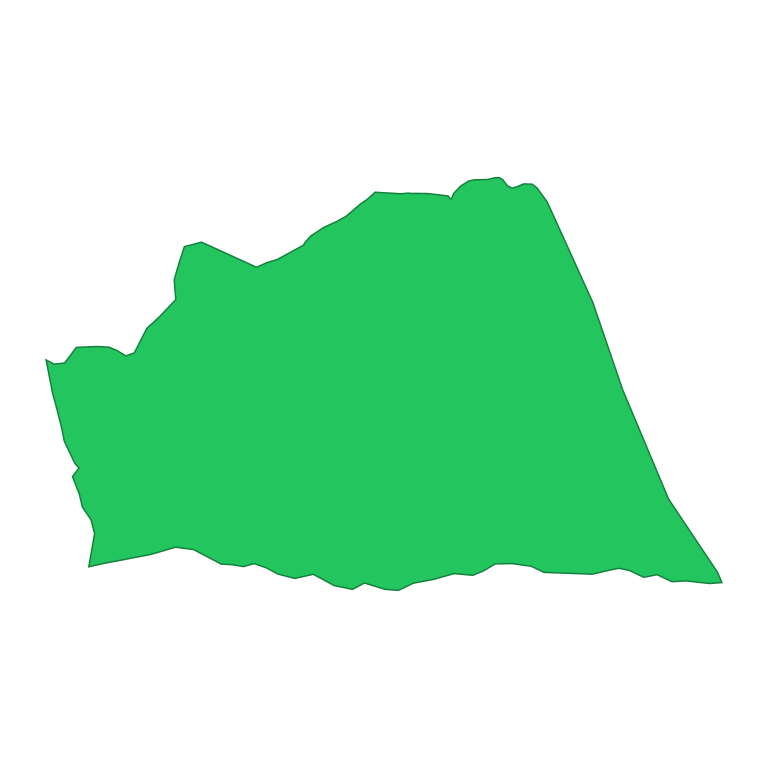 the district of San Pedro Cajonos, Oaxaca, Mexico
{"feature_id": "50627088B28175104329163", "entity_name": "San Pedro Cajonos", "entity_type": "district", "adm_level": 2, "iso_a3": "MEX", "parent_name": "Mexico", "parent_adm1": "Oaxaca", "projection": "orthographic", "projection_center": [-96.263, 17.164], "detail": "fine", "context": "isolated", "style": "filled", "palette": "green", "viewbox_px": 768, "rotation_deg": 0, "n_neighbors": 0, "source": "geoboundaries", "source_scale": "gbopen_adm2", "svg_char_len": 1458}
<svg xmlns="http://www.w3.org/2000/svg" viewBox="0 0 768 768"><path d="M46.1,359.9L52.6,393.3L56.8,408.7L61.5,427.1L64.3,441.2L74.9,463.5L79.0,468.0L72.5,476.6L79.3,494.0L82.4,507.1L91.1,519.9L94.6,533.7L88.8,566.8L103.3,563.5L126.0,559.2L151.3,554.3L175.5,547.2L193.6,549.6L221.3,564.1L232.5,564.7L243.4,566.6L254.1,563.6L266.2,567.8L277.9,574.1L294.8,578.4L313.3,574.3L334.2,585.6L352.4,589.4L364.4,583.0L385.1,589.4L398.4,590.4L413.3,583.2L433.9,579.3L454.0,573.6L472.9,575.3L483.5,570.9L495.3,563.9L512.0,563.6L531.0,566.2L544.1,572.4L592.2,574.2L610.3,570.0L618.9,568.3L629.5,570.5L643.7,577.3L657.1,574.7L671.9,581.7L686.3,580.9L709.3,583.5L721.9,582.6L717.4,572.1L668.6,499.1L622.7,389.8L592.8,302.4L547.3,202.1L537.0,187.9L532.2,184.2L523.7,183.9L517.3,186.6L512.4,188.2L507.6,186.0L502.6,179.5L499.1,177.6L494.9,177.7L487.7,179.5L474.5,179.8L468.6,181.0L460.5,186.2L458.1,188.8L453.8,193.2L451.5,198.9L450.7,198.6L449.8,198.3L448.3,196.0L440.1,195.0L426.8,193.5L411.6,193.4L407.5,193.1L401.5,193.8L377.6,192.4L375.2,192.2L366.9,199.6L360.7,203.8L353.1,210.3L345.7,216.6L335.6,222.0L324.2,227.2L310.8,235.9L304.3,243.3L303.8,245.0L294.2,250.2L289.2,253.0L280.7,257.6L277.2,259.5L266.4,262.8L256.6,267.3L201.6,242.2L184.4,246.6L178.8,263.8L174.2,279.8L175.8,299.6L158.9,317.3L146.8,328.4L134.3,352.9L125.9,355.9L116.7,350.4L108.9,347.1L96.3,346.5L76.3,347.4L64.7,363.0L54.1,364.1L46.1,359.9Z" fill="#22c55e" stroke="#15803d" stroke-width="1.5"/></svg>